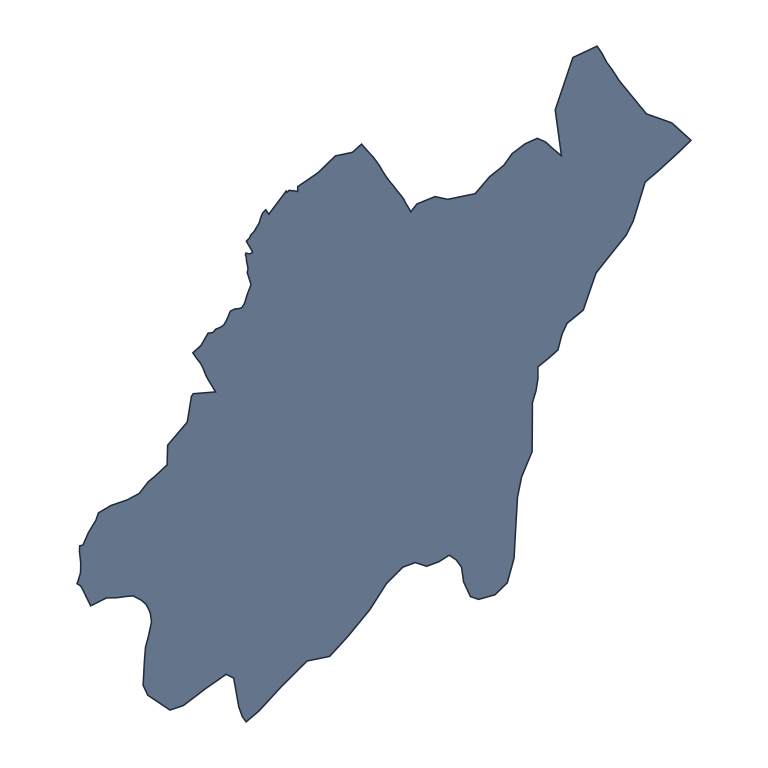 Ikwo, Ebonyi, Nigeria
{"feature_id": "59680162B29308605862653", "entity_name": "Ikwo", "entity_type": "district", "adm_level": 2, "iso_a3": "NGA", "parent_name": "Nigeria", "parent_adm1": "Ebonyi", "projection": "equal_earth", "projection_center": [8.17, 6.1], "detail": "fine", "context": "isolated", "style": "filled", "palette": "slate", "viewbox_px": 768, "rotation_deg": 0, "n_neighbors": 0, "source": "geoboundaries", "source_scale": "gbopen_adm2", "svg_char_len": 2875}
<svg xmlns="http://www.w3.org/2000/svg" viewBox="0 0 768 768"><path d="M265.8,209.7L262.6,213.1L261.4,215.7L259.0,223.3L255.4,229.2L254.3,231.3L251.0,234.7L249.4,238.1L246.3,241.2L250.3,248.1L252.0,250.9L252.5,252.3L250.3,253.7L248.6,253.8L246.0,253.0L245.4,254.9L246.3,257.3L246.4,260.3L247.8,267.3L248.0,269.4L247.2,272.4L251.0,284.6L247.2,294.5L244.5,303.3L242.3,307.0L240.5,308.2L238.7,308.6L235.1,308.9L231.7,310.4L230.6,311.0L229.8,312.3L227.7,317.6L225.9,321.4L223.7,325.0L221.8,326.5L220.4,327.2L217.5,328.5L215.6,329.3L213.1,332.3L211.2,332.8L208.1,333.1L203.0,341.9L201.0,345.4L192.8,352.8L196.8,358.6L200.5,363.3L203.1,368.4L205.9,375.5L208.2,379.8L211.3,384.8L215.5,391.9L193.2,393.7L191.4,396.4L187.3,421.8L186.7,422.7L167.7,445.1L167.6,445.6L167.1,464.8L156.2,475.1L155.1,476.1L148.3,481.7L139.3,493.4L126.9,500.0L119.0,502.7L111.1,505.4L105.2,508.9L98.5,512.8L95.9,520.2L88.5,532.4L82.9,545.1L79.7,545.8L79.4,551.1L80.3,559.0L80.7,562.9L80.6,569.6L80.5,572.7L79.4,576.6L78.7,578.6L78.2,580.7L77.0,583.6L78.5,584.7L79.8,585.3L81.4,587.0L84.1,592.5L90.7,605.9L102.7,599.8L106.7,597.9L116.0,597.8L118.8,597.5L126.0,596.5L133.2,595.9L141.1,600.1L145.9,604.2L148.4,608.7L150.3,613.1L151.5,621.8L148.4,636.4L145.5,647.1L144.4,660.9L143.1,685.3L146.6,692.7L147.7,695.2L170.0,710.1L170.3,710.0L183.5,705.5L204.8,689.2L225.0,675.1L226.1,674.3L233.7,678.2L235.4,687.8L237.1,697.4L238.8,707.0L242.3,716.6L246.1,721.9L259.3,710.7L276.5,691.9L281.2,686.8L307.1,661.0L329.6,656.4L337.8,647.5L338.3,647.0L348.1,636.2L370.0,609.5L377.8,597.2L386.4,583.7L402.8,567.2L415.1,562.6L419.9,564.1L426.7,566.3L439.0,561.7L449.2,555.2L456.1,559.8L461.5,567.2L463.6,581.9L470.4,596.6L478.6,599.4L495.0,594.8L507.3,582.8L512.2,565.1L514.1,558.0L515.5,532.2L517.5,497.3L521.6,477.0L532.1,451.7L532.3,431.6L532.3,430.4L532.4,414.8L532.4,402.8L536.0,390.8L537.9,378.9L537.9,366.9L543.8,362.1L549.5,357.5L558.0,349.9L560.0,342.0L562.2,333.8L567.1,323.3L583.3,310.1L596.0,273.1L604.1,262.8L620.0,242.9L626.2,235.1L631.5,224.6L633.3,220.9L645.2,182.0L658.6,170.7L666.5,163.4L670.4,159.9L678.3,152.6L691.0,140.3L671.8,122.9L646.3,113.8L642.8,109.3L639.6,105.7L635.9,100.9L630.1,94.0L626.6,89.6L622.9,85.2L618.3,79.3L616.5,76.3L612.3,69.9L606.6,62.2L602.4,54.0L597.1,46.1L572.9,57.5L555.2,109.9L561.4,155.7L553.6,149.3L545.5,141.9L537.3,138.3L532.4,140.5L525.1,143.8L521.0,146.9L512.1,153.6L504.5,164.3L503.7,165.4L489.6,176.7L475.1,193.7L467.6,195.2L447.8,199.3L435.0,196.6L417.0,203.9L410.7,211.8L408.6,207.8L405.3,202.5L404.1,199.7L401.6,196.2L396.2,189.6L393.4,185.8L390.1,182.0L386.4,177.0L382.9,171.6L379.4,165.6L376.6,161.6L373.0,156.8L369.1,152.7L364.6,147.6L361.6,144.1L352.4,152.3L335.4,155.9L317.9,172.8L297.7,186.6L297.6,191.5L293.3,190.7L291.0,190.7L289.3,190.2L288.2,191.4L286.9,192.2L286.2,191.0L268.8,214.2L265.8,209.7Z" fill="#64748b" stroke="#1e293b" stroke-width="1.5"/></svg>